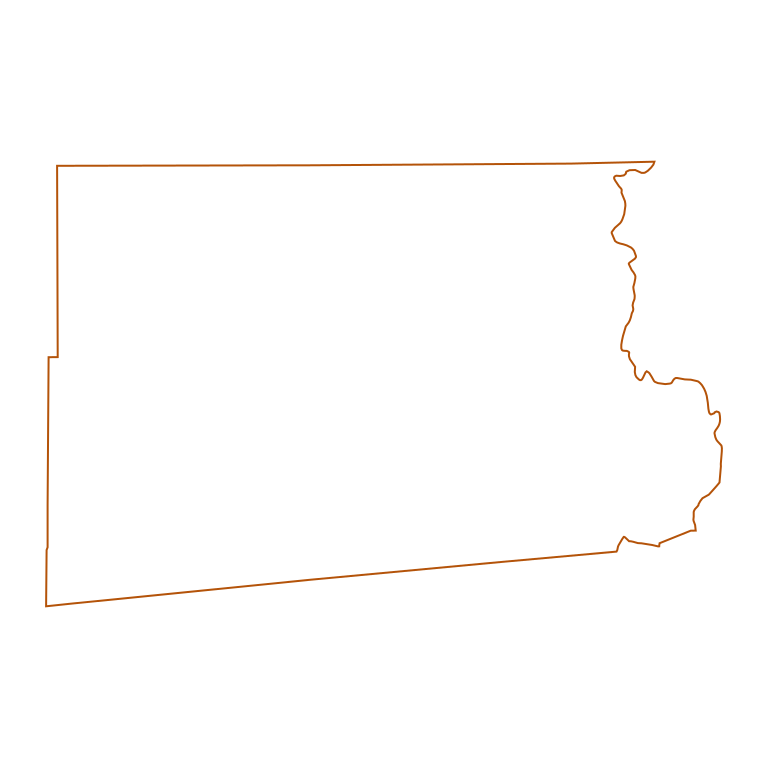 Imperial, California, United States of America
{"feature_id": "52423323B37240473864365", "entity_name": "Imperial", "entity_type": "district", "adm_level": 2, "iso_a3": "USA", "parent_name": "United States of America", "parent_adm1": "California", "projection": "equal_earth", "projection_center": [-114.69, 33.026], "detail": "fine", "context": "isolated", "style": "outline", "palette": "amber", "viewbox_px": 768, "rotation_deg": 0, "n_neighbors": 0, "source": "geoboundaries", "source_scale": "gbopen_adm2", "svg_char_len": 2531}
<svg xmlns="http://www.w3.org/2000/svg" viewBox="0 0 768 768"><path d="M654.4,161.7L570.9,163.6L310.1,165.3L57.1,165.8L57.7,357.1L48.6,357.2L47.6,505.0L47.6,547.3L46.6,550.0L46.1,606.3L70.6,603.7L309.8,579.8L500.8,562.0L616.5,551.6L617.3,550.0L618.0,546.6L618.6,545.2L622.2,539.1L623.7,536.9L624.2,536.9L625.0,537.3L629.1,541.2L631.0,541.3L633.3,541.8L634.0,542.0L637.9,543.1L641.5,543.3L652.2,545.0L658.1,546.4L659.2,546.3L659.2,545.7L659.6,543.2L690.7,530.7L695.7,530.6L695.1,525.0L693.7,521.2L693.4,519.8L693.7,516.7L693.7,512.0L694.1,510.7L694.9,509.2L697.7,506.2L698.4,505.2L698.6,504.1L700.4,500.9L702.5,498.2L708.0,495.1L708.3,495.0L709.1,494.4L716.6,486.0L719.5,482.5L720.9,466.3L720.8,463.9L721.8,451.5L721.9,448.2L721.6,446.2L721.3,445.4L717.5,441.3L716.3,439.6L715.3,437.1L714.5,433.3L714.6,432.3L715.5,430.4L717.3,427.9L718.7,425.6L719.4,423.8L719.9,421.8L720.1,419.4L719.9,416.0L719.4,413.1L718.6,412.1L716.5,411.5L714.7,412.3L714.3,413.2L711.3,414.4L710.7,414.4L709.6,413.4L709.0,412.0L708.4,408.8L707.8,402.6L706.7,395.8L705.5,391.9L704.1,388.7L702.0,385.2L700.5,383.5L699.9,382.9L698.4,381.6L697.0,381.1L690.9,379.7L684.8,379.4L677.2,378.0L675.8,378.0L674.5,378.7L673.2,380.2L671.8,382.6L670.9,383.3L669.8,383.6L665.2,384.1L657.9,383.1L655.0,381.9L654.0,381.0L651.6,376.7L649.4,373.2L648.5,372.4L646.7,371.3L645.5,372.4L643.0,377.7L641.9,379.5L641.0,380.1L640.0,380.1L638.9,379.5L636.5,377.2L635.4,375.1L634.8,372.0L635.1,366.8L629.9,359.2L629.0,356.4L628.9,354.8L629.2,352.7L629.0,352.1L627.6,351.2L626.7,350.9L624.1,350.8L622.6,350.5L621.9,349.9L621.3,348.3L621.3,344.8L622.0,340.5L623.0,335.9L625.8,326.4L628.6,322.7L629.8,320.4L630.9,317.2L631.8,313.3L633.0,310.9L633.3,309.1L632.6,305.4L633.1,302.7L634.5,299.0L634.7,296.8L634.7,295.3L633.5,289.1L633.3,287.0L634.4,283.0L635.3,278.4L635.4,276.3L635.0,275.0L633.5,272.4L631.6,269.9L628.9,264.2L628.8,263.6L629.4,262.7L635.0,258.6L636.0,257.0L635.9,255.9L634.0,250.7L632.5,248.8L631.0,247.5L626.8,245.4L623.4,244.3L620.0,243.5L617.2,242.5L615.7,241.5L615.0,240.9L611.7,233.1L611.7,232.2L612.3,231.3L614.9,227.8L620.1,223.2L621.3,221.6L622.4,219.3L624.2,214.2L625.4,205.8L625.3,203.6L624.9,201.1L621.5,192.7L621.7,190.5L621.6,189.5L621.1,188.6L619.0,186.3L615.2,180.6L614.2,178.7L614.1,177.7L614.2,177.2L614.8,176.4L616.3,175.7L620.1,176.0L623.8,175.4L625.5,174.0L625.9,173.4L626.0,172.3L626.3,171.7L629.5,170.2L635.2,170.0L641.6,172.9L643.9,172.9L645.2,172.5L647.8,170.8L651.1,167.6L653.4,164.6L654.4,161.7Z" fill="none" stroke="#b45309" stroke-width="2"/></svg>